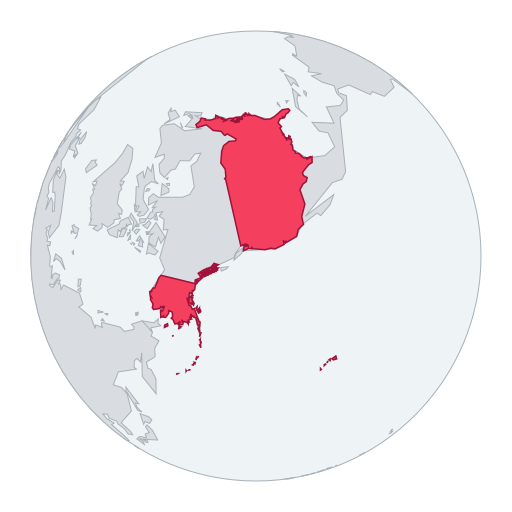 United States of America on an orthographic globe, rotated 270°
{"feature_id": "USA", "entity_name": "United States of America", "entity_type": "country or territory", "adm_level": 0, "iso_a3": "USA", "parent_name": "North America", "parent_adm1": "", "projection": "orthographic", "projection_center": [-126.716, 45.186], "detail": "fine", "context": "on_globe", "style": "filled", "palette": "rose", "viewbox_px": 512, "rotation_deg": 270, "n_neighbors": 0, "source": "natural_earth", "source_scale": "50m", "svg_char_len": 16046}
<svg xmlns="http://www.w3.org/2000/svg" viewBox="0 0 512 512"><g transform="rotate(270 256 256)"><circle cx="256" cy="256" r="225" fill="#eef3f6" stroke="#a8b0b8"/><path d="M82.5,391.8L83.0,392.9L82.9,392.8L82.5,391.8ZM418.2,412.4L432.9,392.6L432.7,390.3L424.7,394.1L415.7,384.4L420.4,372.3L417.4,370.4L427.1,348.7L423.0,337.7L419.2,338.7L416.3,346.5L401.7,347.3L394.6,340.0L340.3,345.6L332.7,341.9L329.4,332.4L295.6,305.2L317.5,333.8L307.3,330.1L296.3,320.7L299.0,317.1L286.9,301.6L275.7,296.6L262.9,275.0L261.3,244.1L267.0,248.2L266.0,240.8L258.7,235.4L254.2,233.8L240.8,204.9L217.8,190.2L207.2,193.9L212.1,186.9L189.8,200.4L175.1,200.1L193.8,195.4L197.3,191.2L188.4,188.2L190.1,183.3L186.8,179.3L189.6,173.9L200.2,172.1L202.3,168.7L195.8,166.9L194.6,160.7L203.7,163.8L202.5,153.5L220.1,149.9L242.2,164.6L254.1,159.7L282.5,167.9L282.1,163.3L292.6,164.1L295.9,159.2L300.3,162.6L299.2,155.9L294.6,153.7L292.7,150.2L294.2,147.2L300.0,150.9L300.1,152.9L302.6,152.5L304.8,155.6L304.6,152.4L311.4,157.5L307.0,148.3L314.5,148.9L318.3,153.4L314.7,158.3L314.8,182.8L317.6,189.9L325.2,194.3L346.1,190.9L350.6,196.8L358.9,200.8L358.0,194.8L351.1,189.6L351.4,180.0L343.0,175.4L341.9,171.0L334.5,164.5L339.1,159.9L347.6,159.0L353.9,164.3L357.8,164.3L354.6,155.0L369.1,161.4L383.4,159.9L386.7,162.5L388.3,174.4L381.2,184.6L383.2,202.0L385.5,185.3L393.9,192.8L396.8,192.0L398.4,188.7L396.6,183.8L400.2,185.5L399.3,202.1L396.0,200.8L396.3,195.4L393.0,200.5L392.5,212.7L396.8,216.0L391.5,232.3L394.5,235.1L395.0,240.4L390.5,234.8L398.4,245.5L392.8,269.0L403.4,288.2L389.2,278.0L381.7,280.8L373.6,286.4L375.2,289.6L362.2,293.9L354.0,306.7L356.4,324.8L365.2,334.7L379.2,328.0L380.9,319.1L389.7,312.1L388.8,334.0L405.1,326.4L406.5,340.3L412.0,343.7L418.8,336.7L426.3,334.0L429.8,322.4L436.1,311.4L438.3,321.4L440.2,308.2L444.9,309.0L456.3,293.2L456.0,296.8L466.0,295.0L473.4,284.5L475.2,287.8L474.6,294.0L476.4,289.6L476.4,292.3L480.6,273.0L480.7,272.7L478.7,290.0L475.4,307.0L470.9,323.7L465.0,340.1L457.9,355.9L449.6,371.1L440.2,385.7L429.7,399.5L418.2,412.4ZM152.8,336.8L153.1,331.9L156.0,335.9L152.8,336.8ZM151.2,328.4L151.5,330.2L150.8,328.6L151.2,328.4ZM149.3,326.8L150.7,328.0L149.0,327.2L149.3,326.8ZM146.6,325.4L148.1,326.0L147.9,326.1L146.6,325.4ZM405.3,295.6L423.7,292.1L415.8,300.8L416.9,297.6L411.7,297.0L402.8,299.3L395.2,307.4L405.3,295.6ZM142.9,321.5L142.0,320.4L143.5,320.5L142.9,321.5ZM407.8,278.9L404.8,280.4L407.4,278.1L407.8,278.9ZM251.9,234.0L258.4,235.9L264.3,242.8L258.7,241.7L251.9,234.0ZM240.9,221.4L244.4,220.7L245.3,228.3L243.0,226.3L240.9,221.4ZM199.2,198.1L204.2,199.3L198.8,199.9L199.2,198.1ZM185.8,179.7L183.9,181.0L183.0,178.4L185.8,179.7ZM332.5,167.5L333.5,166.1L334.4,168.0L332.5,167.5ZM328.4,166.3L328.6,169.6L326.7,169.5L326.6,167.4L328.4,166.3ZM186.4,167.8L185.6,163.5L188.3,167.5L186.4,167.8ZM328.5,162.2L323.2,169.0L319.8,168.8L316.5,160.9L328.5,162.2ZM186.3,160.7L184.1,150.7L179.6,152.5L191.2,142.1L189.2,153.8L193.2,158.4L188.8,157.9L186.3,160.7ZM292.5,154.4L297.5,156.5L291.9,157.5L292.5,154.4ZM289.4,156.0L275.1,165.1L268.6,160.9L274.7,158.5L265.1,155.5L268.9,148.9L275.1,149.0L278.5,153.0L277.4,147.5L289.4,156.0ZM197.9,138.2L199.0,135.7L199.9,138.0L197.9,138.2ZM291.4,148.8L289.1,150.9L283.3,147.3L286.9,142.5L287.6,145.2L291.4,148.8ZM260.7,158.1L257.0,154.8L259.1,148.5L257.9,146.4L268.5,148.4L260.7,158.1ZM289.7,144.5L288.8,140.2L293.0,139.3L293.3,146.6L289.7,144.5ZM280.3,148.5L277.7,146.6L280.3,146.0L280.3,148.5ZM307.3,134.3L304.7,136.6L301.4,134.8L307.3,134.3ZM288.2,138.7L286.8,139.1L285.2,138.7L285.5,135.8L288.2,138.7ZM269.2,143.9L270.9,142.1L265.0,142.7L266.3,138.3L273.1,140.5L270.8,137.7L271.2,136.3L276.3,139.7L269.2,143.9ZM281.0,132.0L290.1,133.7L295.7,129.7L298.8,131.1L289.2,137.3L281.0,132.0ZM277.8,136.2L280.5,133.8L282.9,136.5L282.6,139.8L277.8,136.2ZM264.8,134.5L261.0,140.8L259.6,140.1L264.8,134.5ZM282.2,130.2L279.9,129.9L282.3,129.6L282.2,130.2ZM269.6,132.5L268.4,134.7L266.9,133.9L269.6,132.5ZM276.5,127.4L279.4,127.9L279.3,130.1L276.5,127.4ZM272.9,129.3L271.1,127.6L277.5,130.6L272.7,130.4L272.9,129.3ZM268.4,131.4L267.1,131.6L269.1,130.5L268.4,131.4ZM275.3,119.1L283.3,122.3L283.0,127.0L275.3,123.2L275.3,119.1ZM455.6,151.6L452.8,146.7L413.0,96.8L407.7,90.5L379.9,67.9L377.0,66.0L378.3,66.8L391.9,76.3L404.7,86.8L416.7,98.2L427.9,110.4L438.1,123.4L447.4,137.2L455.6,151.6ZM295.5,34.2L301.3,35.4L293.4,34.2L304.9,36.4L302.3,35.6L309.5,37.2L312.3,38.1L309.4,37.5L315.3,39.2L327.7,42.5L327.2,42.3L351.4,51.9L351.8,52.1L349.4,51.1L357.4,57.0L361.5,58.5L354.3,53.3L357.8,55.1L362.4,57.4L363.1,57.8L361.9,57.3L368.7,63.3L382.4,72.8L404.8,88.4L411.8,95.5L415.4,101.1L402.3,94.0L388.2,79.2L383.3,77.3L382.0,80.6L377.8,76.1L375.5,75.9L369.7,71.0L357.4,65.5L351.0,61.3L342.1,61.0L337.6,59.0L344.1,59.6L345.2,58.1L328.6,49.4L324.2,48.3L319.8,49.0L315.7,46.8L313.6,48.7L302.1,45.6L314.3,51.2L309.5,53.0L300.3,52.5L300.9,54.3L315.8,55.2L319.8,54.8L319.6,52.7L332.3,53.4L338.9,56.1L333.9,59.8L342.7,64.3L335.0,65.9L299.6,61.3L286.8,59.0L274.3,49.5L279.6,48.1L286.7,50.7L283.8,45.9L282.3,47.4L278.9,45.9L273.5,47.8L270.8,46.9L270.1,50.7L266.2,49.7L266.8,47.4L255.4,50.3L246.3,49.7L245.0,50.9L246.2,52.3L233.9,51.2L233.5,52.1L237.3,52.8L239.0,55.3L237.2,59.5L233.0,58.8L233.1,57.2L227.1,53.2L228.0,49.5L226.2,49.8L224.4,52.9L231.7,57.6L231.8,60.4L227.5,58.2L229.0,59.2L227.8,60.4L222.6,61.1L227.0,63.6L218.7,79.5L207.9,83.0L205.0,78.9L194.8,91.0L183.5,95.1L187.1,95.6L184.6,102.4L188.1,101.2L189.6,102.0L184.9,120.2L180.6,124.4L182.6,133.8L184.5,134.2L187.8,131.5L191.2,142.1L179.6,152.5L176.0,151.0L171.2,159.0L163.7,154.7L155.3,155.1L149.9,146.4L143.7,148.0L142.5,151.1L133.3,155.9L118.2,156.1L135.5,142.3L159.2,141.7L150.0,140.5L153.6,137.0L151.2,134.3L144.6,134.1L142.9,136.4L140.1,118.3L127.2,113.3L124.4,121.7L118.1,127.2L101.0,131.4L89.3,121.1L80.8,130.3L77.3,132.7L78.0,128.2L83.2,124.5L88.0,118.0L90.8,116.9L93.7,109.2L97.8,107.4L98.1,102.8L93.1,107.1L89.0,114.1L87.4,111.6L77.5,123.0L71.4,129.1L71.3,127.0L80.9,114.2L91.5,102.1L102.8,90.8L114.9,80.4L127.8,70.8L141.2,62.1L155.3,54.5L169.9,47.8L184.9,42.2L200.2,37.7L215.9,34.3L231.7,32.0L247.7,30.9L263.7,30.9L279.7,32.0L295.5,34.2ZM430.2,113.6L432.1,115.7L430.2,113.6ZM260.3,30.8L256.7,30.7L256.6,30.9L261.6,31.0L274.4,31.5L260.3,30.8ZM456.6,292.6L458.3,292.7L456.6,295.3L456.6,292.6ZM416.0,306.2L419.3,303.7L421.5,303.9L419.2,306.6L416.0,306.2ZM440.3,282.2L443.4,279.6L440.7,284.2L440.3,282.2ZM426.3,291.2L437.8,284.7L432.6,294.7L425.1,298.9L429.5,293.4L426.3,291.2ZM409.0,286.6L411.3,285.7L411.5,288.3L409.0,286.6ZM409.7,277.3L409.0,278.2L407.3,277.3L409.7,277.3ZM393.9,191.8L394.1,190.5L396.3,188.0L396.5,190.8L393.9,191.8ZM398.7,168.1L404.4,171.4L400.4,170.8L401.9,175.1L395.3,179.5L388.1,164.1L392.5,170.1L398.7,168.1ZM384.6,181.9L389.6,180.3L384.4,182.6L384.6,181.9ZM368.5,81.2L367.9,78.8L372.2,80.0L380.4,86.7L374.3,84.9L368.5,81.2ZM366.1,75.3L358.9,77.9L353.5,74.3L357.8,75.8L354.9,73.1L361.0,74.9L362.9,69.5L366.8,70.3L379.8,81.4L373.4,77.2L374.3,79.6L366.1,75.3ZM350.0,95.0L346.9,97.2L339.3,86.3L343.2,85.6L351.6,91.8L352.0,96.4L350.0,95.0ZM323.6,147.5L322.9,149.9L321.3,148.8L320.6,145.8L323.6,147.5ZM306.3,135.5L325.1,136.2L325.3,138.9L336.1,136.7L340.7,143.0L333.5,144.1L345.1,147.6L340.4,151.1L348.3,152.9L331.8,154.7L328.1,158.4L330.5,151.7L326.4,145.8L323.6,144.3L312.6,143.1L302.5,148.6L296.9,144.0L295.6,139.3L297.1,137.2L300.3,140.8L300.1,135.5L305.9,139.2L306.3,135.5ZM283.4,93.0L286.5,96.9L287.0,89.0L292.8,91.7L292.5,90.7L298.0,91.2L304.2,90.0L306.3,91.9L307.8,90.7L311.5,91.2L314.2,90.3L319.0,93.5L322.8,92.7L322.9,94.7L328.1,92.5L326.4,95.6L331.0,96.9L330.2,93.2L349.4,115.1L358.8,122.7L367.5,127.6L363.5,132.9L352.7,132.0L339.4,128.0L331.0,120.3L330.7,124.3L326.5,121.9L328.5,119.7L323.0,121.8L320.1,119.3L308.3,117.2L302.1,122.2L297.6,121.7L298.6,118.5L293.5,120.4L292.3,114.2L289.0,113.8L284.6,107.6L288.4,102.0L284.5,102.1L280.9,97.7L283.4,93.0ZM274.3,117.2L277.4,109.4L282.2,107.2L287.9,119.1L291.0,120.3L294.8,128.3L287.9,131.4L287.4,128.8L285.4,127.0L288.4,126.7L284.4,125.6L283.7,122.0L280.4,120.3L282.3,118.2L274.3,117.2ZM369.9,61.6L371.6,62.7L369.0,61.1L364.4,58.5L364.6,58.6L369.9,61.6ZM376.6,66.8L373.9,65.0L376.5,66.0L379.2,67.9L376.6,66.8ZM370.2,63.5L373.5,64.9L373.4,65.2L370.2,63.5ZM341.4,58.3L338.3,56.9L338.8,56.4L341.5,56.9L341.4,58.3ZM286.3,72.0L287.3,74.1L285.9,74.3L283.5,78.8L279.0,77.4L278.7,74.1L286.3,72.0ZM281.1,71.2L280.6,73.1L278.7,71.2L281.1,71.2ZM275.6,76.6L273.0,74.8L278.2,77.7L275.6,76.6ZM66.9,134.5L63.6,139.0L63.0,139.8L66.2,134.9L66.9,134.5ZM242.2,65.0L250.5,60.1L253.5,56.3L250.5,53.5L258.2,55.7L253.6,61.5L242.2,65.0ZM222.0,77.6L224.7,80.5L221.2,81.1L220.1,80.5L222.0,77.6ZM225.2,78.0L232.8,78.3L232.8,81.2L226.8,80.4L225.2,78.0ZM257.1,73.5L259.9,72.0L261.4,73.5L257.1,73.5ZM78.6,389.6L81.2,393.1L78.7,390.6L78.6,389.6ZM82.9,392.8L79.9,390.0L82.5,391.8L82.9,392.8ZM58.0,361.8L59.5,364.7L59.1,364.2L58.0,361.8ZM57.1,360.3L56.9,359.3L57.9,361.6L57.1,360.3ZM46.1,335.4L46.3,335.6L46.9,337.2L46.1,335.4ZM44.4,330.7L42.9,327.0L42.7,326.1L44.4,330.7ZM43.7,328.1L43.2,326.0L45.2,332.3L43.7,328.1ZM40.2,317.5L42.5,324.8L40.1,317.3L40.2,317.5ZM39.4,315.3L38.2,311.0L38.2,310.7L39.4,315.3ZM35.9,301.2L37.7,309.1L37.7,309.5L37.0,306.8L35.9,301.2ZM32.8,286.6L33.6,290.4L34.2,293.0L33.7,292.7L33.3,289.9L32.8,286.6ZM32.8,284.1L33.8,289.8L34.7,295.7L32.8,284.1ZM69.5,146.2L72.4,143.3L71.7,147.0L69.9,148.0L69.5,146.2ZM72.0,157.7L72.5,147.1L73.3,139.2L71.0,143.0L67.6,144.3L73.2,136.8L75.6,139.8L74.3,146.5L78.0,145.2L79.4,149.3L85.2,145.5L87.1,147.0L81.4,152.7L72.0,157.7ZM87.7,143.7L98.3,140.1L95.1,149.0L92.1,151.8L88.6,149.6L90.5,144.9L87.7,143.7ZM99.9,141.9L101.8,137.6L121.4,126.0L124.8,125.9L108.2,138.7L109.1,135.4L104.9,136.9L99.9,141.9ZM196.5,135.8L198.7,135.7L196.7,137.4L196.5,135.8ZM191.6,101.1L193.4,102.5L190.9,104.2L191.6,101.1ZM196.9,107.5L198.4,104.5L198.5,107.9L196.9,107.5ZM201.6,98.1L199.9,103.5L199.0,98.0L201.6,98.1Z" fill="#d9dde1" stroke="#a8b0b8" stroke-width="1"/><path d="M381.5,213.3L387.2,206.3L384.4,197.1L387.4,195.9L390.7,199.9L394.0,201.2L393.1,205.5L392.0,205.0L391.8,210.2L393.5,215.7L396.7,215.8L395.2,218.5L394.1,218.0L394.8,219.5L392.6,222.2L391.8,225.7L391.4,224.5L390.8,224.0L391.8,226.8L392.6,226.8L393.6,228.9L393.8,232.7L391.5,232.3L391.4,230.0L391.1,231.9L392.5,233.4L393.7,233.9L394.5,235.0L395.1,240.6L394.2,237.6L391.4,236.2L390.8,232.8L389.9,234.8L392.6,238.3L390.6,238.2L390.2,238.7L389.9,237.1L389.7,236.8L389.8,238.1L390.2,239.0L393.1,238.8L390.9,239.3L393.6,239.9L392.8,240.9L394.6,241.6L394.5,242.0L393.6,241.6L392.1,242.3L394.5,242.4L395.4,241.5L398.3,244.3L396.0,242.3L397.2,243.8L395.2,245.1L397.8,244.6L397.9,247.0L395.8,247.9L397.3,247.8L396.8,249.4L398.2,249.1L396.4,251.2L396.6,254.7L392.6,264.6L393.0,270.2L395.4,274.4L402.3,282.3L403.2,288.3L401.7,289.8L399.2,288.0L398.0,285.9L394.8,284.7L395.1,282.9L394.1,283.7L393.2,279.8L389.2,278.0L385.4,281.5L383.9,279.9L379.7,282.2L379.9,281.1L379.5,282.3L377.7,283.8L377.1,282.2L377.2,283.5L371.4,287.1L374.2,286.5L373.8,288.5L376.3,288.9L375.5,290.2L372.7,289.4L373.1,291.0L369.9,291.9L367.6,290.8L366.9,292.3L361.9,292.9L359.9,296.2L360.4,295.4L358.8,295.4L358.8,298.4L356.4,301.3L355.0,301.0L355.9,301.7L354.0,303.7L353.9,306.9L352.8,306.9L355.4,312.0L349.5,312.1L347.3,308.6L339.7,302.6L336.6,303.2L334.4,307.2L330.4,306.2L328.0,303.0L322.4,299.9L308.0,304.9L295.4,301.7L287.6,303.5L282.7,298.3L275.6,296.7L269.1,285.6L270.5,285.8L269.6,283.8L272.0,283.4L267.5,284.0L263.2,275.3L263.8,270.5L262.3,265.2L263.4,251.8L265.5,252.0L263.2,251.6L263.7,248.9L261.2,243.4L266.3,244.1L265.5,247.1L267.0,245.0L267.0,247.4L265.9,248.1L266.7,248.2L267.6,247.1L267.8,244.6L266.1,240.8L333.4,225.5L332.8,224.2L334.9,225.9L342.8,225.2L349.0,220.8L360.8,221.7L366.3,223.6L370.6,229.0L371.1,235.3L372.9,236.3L378.2,227.1L376.6,225.1L377.0,224.2L380.7,221.0L381.5,213.3ZM248.7,214.0L247.3,218.3L246.3,216.7L247.0,216.1L246.5,213.1L244.8,213.9L244.0,215.0L245.4,212.6L243.0,209.2L241.6,208.6L241.4,206.8L242.5,207.2L241.8,206.1L242.5,206.0L240.8,205.1L241.3,203.4L239.5,203.5L238.8,199.7L238.7,204.2L237.2,203.4L237.0,200.9L236.7,202.0L235.3,200.8L236.9,203.2L235.6,203.8L230.2,198.0L231.0,196.6L231.2,197.9L231.9,197.2L231.2,196.4L229.1,197.2L227.5,195.3L222.3,194.7L221.2,193.2L221.9,192.0L220.6,192.9L218.6,191.0L219.4,189.6L215.8,188.9L214.6,190.8L215.8,191.2L214.3,192.8L212.7,191.8L208.7,194.1L206.9,193.4L209.3,192.1L207.8,191.6L210.2,188.5L214.3,189.2L213.0,187.7L214.5,186.8L206.5,189.1L206.7,190.4L202.7,192.4L203.5,194.3L190.6,198.9L189.8,200.1L183.4,199.1L178.6,200.1L183.6,197.9L186.0,199.5L186.9,197.7L194.1,195.9L194.8,193.8L195.8,193.7L195.6,192.6L198.1,190.6L194.7,191.4L194.6,190.4L195.6,190.3L194.3,189.7L193.0,191.6L191.8,188.2L188.0,188.2L189.8,187.0L190.8,182.4L192.4,181.5L190.4,182.3L190.0,183.3L187.5,182.8L186.8,179.1L188.4,178.5L189.4,180.3L190.3,179.4L188.0,178.1L188.8,177.7L188.0,174.9L191.9,173.3L193.9,171.2L195.2,172.6L199.8,172.3L200.9,170.4L200.6,169.4L202.1,168.6L198.7,168.7L194.6,165.6L194.9,163.2L196.2,163.4L194.6,160.8L201.2,160.5L202.2,160.9L202.2,161.1L200.9,162.0L201.1,162.6L204.7,164.0L204.1,162.9L204.2,160.8L204.6,160.8L204.6,162.8L206.2,163.8L204.7,161.9L205.5,160.9L203.5,159.5L202.5,153.5L204.4,152.3L208.0,153.1L212.3,150.5L214.8,150.6L214.4,151.7L215.5,151.2L214.9,150.5L215.7,150.2L220.4,149.7L220.8,151.0L219.9,151.8L221.5,151.4L224.1,153.3L223.9,154.7L234.2,158.8L236.7,161.0L228.5,194.8L232.1,195.3L234.4,201.1L238.7,198.2L242.3,203.9L245.0,211.1L248.7,214.0ZM201.4,197.2L204.0,199.3L202.5,199.1L202.8,199.8L201.5,199.9L200.3,200.2L199.5,201.0L200.1,200.4L198.9,198.5L200.5,197.8L200.8,199.3L201.4,197.2ZM241.1,211.8L243.9,215.3L243.1,214.8L242.8,215.3L244.2,216.4L244.0,218.3L240.6,213.9L241.7,213.5L240.6,213.2L241.1,211.8ZM153.2,336.6L152.1,333.5L153.2,331.9L156.0,335.8L153.2,336.6ZM184.6,164.5L187.0,164.8L188.3,167.5L186.2,167.8L184.6,164.5ZM235.6,204.9L238.9,205.1L238.0,206.0L238.7,207.1L237.5,206.3L236.6,207.1L235.6,204.9ZM185.3,179.0L185.1,181.0L183.0,178.4L183.9,178.9L185.3,179.0ZM237.6,206.8L239.0,210.1L238.6,212.0L237.5,207.9L236.6,208.7L237.6,206.8ZM239.1,203.8L240.4,204.8L241.1,206.8L240.2,205.2L240.8,207.8L239.5,208.9L239.1,203.8ZM175.2,199.5L178.5,200.1L178.8,200.9L175.2,199.5ZM246.0,213.6L246.0,216.5L244.6,216.4L246.0,213.6ZM393.9,222.4L394.8,221.1L392.0,226.1L394.0,221.5L393.9,222.4ZM240.5,209.1L242.6,209.8L241.8,209.9L242.0,211.3L240.5,209.1ZM167.6,200.6L171.6,200.2L169.7,201.2L167.6,200.6ZM204.0,195.9L205.4,197.1L202.6,196.7L204.0,195.9ZM239.6,209.7L240.9,210.6L239.6,212.7L239.6,209.7ZM167.3,200.4L165.7,200.8L164.3,200.8L167.1,199.5L167.3,200.4ZM243.7,211.4L243.6,213.5L242.9,212.5L243.7,211.4ZM151.5,330.1L152.2,329.0L153.0,330.1L151.5,330.1ZM154.2,197.0L152.0,195.9L154.8,196.5L154.2,197.0ZM241.7,216.2L242.4,218.3L241.0,215.8L241.7,216.2ZM147.4,324.2L148.2,326.0L146.4,324.2L147.4,324.2ZM215.9,193.6L217.0,192.1L217.4,192.4L215.9,193.6ZM137.5,176.3L138.4,177.0L138.4,177.9L137.5,176.3ZM143.5,320.5L142.5,321.3L142.0,320.5L143.5,320.5ZM149.7,194.2L149.5,195.3L148.4,195.0L149.7,194.2ZM147.9,193.4L146.9,193.3L147.2,192.5L147.9,193.4ZM175.7,172.1L176.4,173.1L176.4,173.6L175.7,172.1ZM218.3,191.9L219.1,192.4L218.0,192.1L218.3,191.9ZM243.1,211.6L242.5,212.2L242.3,211.8L243.1,211.6ZM240.4,215.0L241.4,215.1L240.5,215.9L240.4,215.0ZM154.4,197.2L155.4,198.1L155.9,198.6L154.5,197.7L154.4,197.2ZM149.1,327.2L150.2,327.3L151.0,327.8L149.1,327.2ZM149.0,193.8L147.5,193.9L149.0,193.8ZM266.7,243.2L267.4,244.7L267.4,244.9L266.4,243.8L266.7,243.2ZM172.9,200.2L172.2,200.1L172.3,199.7L172.9,200.2ZM355.7,310.8L354.4,308.7L354.2,307.4L354.6,308.7L355.7,310.8ZM190.0,189.4L189.8,188.9L190.7,188.8L190.0,189.4ZM142.3,189.3L142.2,190.6L142.0,188.9L142.3,189.3ZM201.8,200.4L201.1,200.7L201.0,200.4L201.4,200.0L201.8,200.4ZM141.3,186.5L140.7,186.1L141.8,186.1L141.3,186.5ZM354.3,306.0L354.1,307.2L354.6,304.7L354.3,306.0ZM400.1,279.6L401.4,281.2L400.0,279.5L400.1,279.6ZM399.1,245.4L399.1,246.5L398.5,244.4L399.1,245.4ZM394.7,235.9L394.9,237.3L394.6,235.5L394.7,235.9Z" fill="#f43f5e" stroke="#9f1239" stroke-width="1.5"/></g></svg>